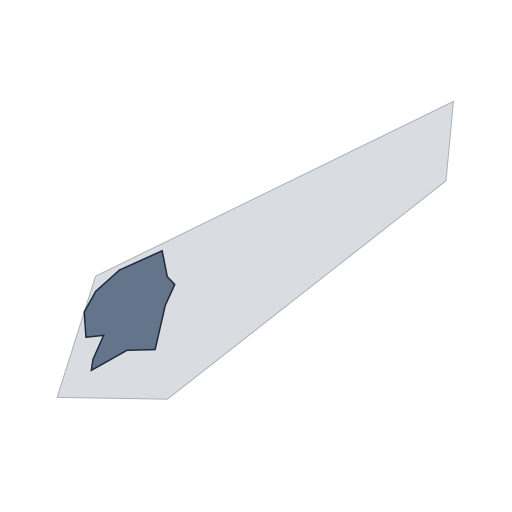 Anguilla, with Sandy Hill highlighted, rotated 174°
{"feature_id": "AIA-5121", "entity_name": "Sandy Hill", "entity_type": "District", "adm_level": 1, "iso_a3": "AIA", "parent_name": "Anguilla", "parent_adm1": "", "projection": "robinson", "projection_center": [-63.011, 18.236], "detail": "fine", "context": "in_parent", "style": "filled", "palette": "slate", "viewbox_px": 512, "rotation_deg": 174, "n_neighbors": 0, "source": "natural_earth", "source_scale": "10m", "svg_char_len": 471}
<svg xmlns="http://www.w3.org/2000/svg" viewBox="0 0 512 512"><g transform="rotate(174 256 256)"><path d="M417.6,252.7L43.5,389.1L59.2,310.9L359.1,122.9L468.5,136.2L417.6,252.7Z" fill="#d9dde1" stroke="#a8b0b8" stroke-width="1"/><path d="M432.7,218.2L419.1,237.6L393.3,256.3L348.8,271.0L346.4,244.7L339.8,236.1L351.4,216.4L366.1,173.5L394.2,175.7L431.7,159.5L428.9,170.3L415.8,193.0L433.6,193.0L432.7,218.2Z" fill="#64748b" stroke="#1e293b" stroke-width="1.5"/></g></svg>